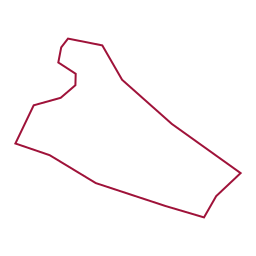 an SVG outline of Newcastle upon Tyne
{"feature_id": "GBR-5661", "entity_name": "Newcastle upon Tyne", "entity_type": "Metropolitan Borough", "adm_level": 1, "iso_a3": "GBR", "parent_name": "United Kingdom", "parent_adm1": "", "projection": "orthographic", "projection_center": [-1.647, 55.013], "detail": "fine", "context": "isolated", "style": "outline", "palette": "rose", "viewbox_px": 256, "rotation_deg": 0, "n_neighbors": 0, "source": "natural_earth", "source_scale": "10m", "svg_char_len": 323}
<svg xmlns="http://www.w3.org/2000/svg" viewBox="0 0 256 256"><path d="M68.0,38.6L102.3,45.4L122.1,79.8L171.9,124.0L240.6,173.1L216.2,196.1L204.0,217.4L165.4,206.0L95.8,183.1L49.7,155.2L15.4,143.5L33.7,105.3L60.7,97.8L75.4,85.2L75.7,73.8L58.3,62.5L61.2,47.4L68.0,38.6Z" fill="none" stroke="#9f1239" stroke-width="2"/></svg>